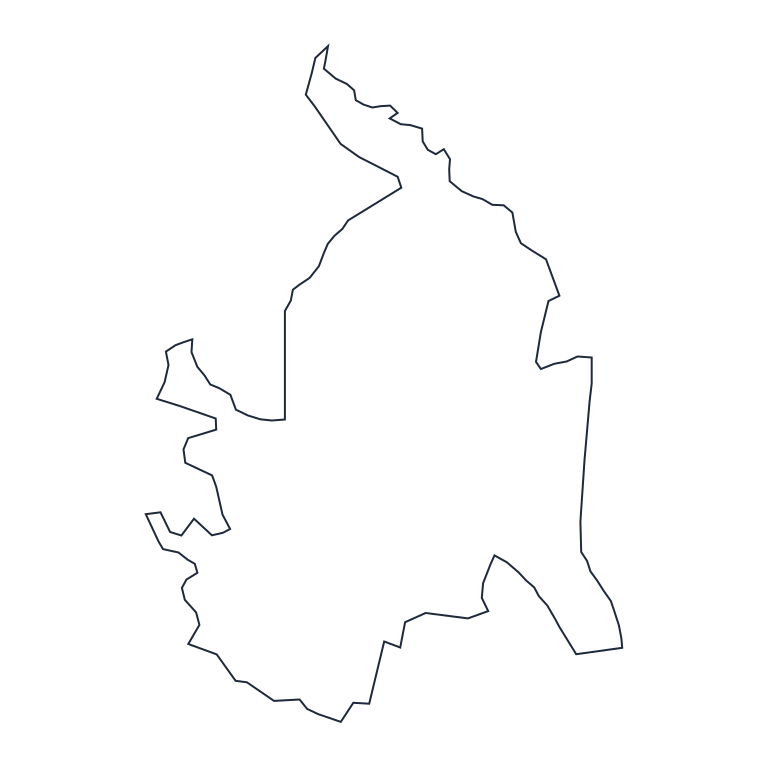 Cacique Doble, Rio Grande do Sul, Brazil
{"feature_id": "56859067B35570736858884", "entity_name": "Cacique Doble", "entity_type": "district", "adm_level": 2, "iso_a3": "BRA", "parent_name": "Brazil", "parent_adm1": "Rio Grande do Sul", "projection": "robinson", "projection_center": [-51.686, -27.796], "detail": "fine", "context": "isolated", "style": "outline", "palette": "slate", "viewbox_px": 768, "rotation_deg": 0, "n_neighbors": 0, "source": "geoboundaries", "source_scale": "gbopen_adm2", "svg_char_len": 1941}
<svg xmlns="http://www.w3.org/2000/svg" viewBox="0 0 768 768"><path d="M346.9,84.0L335.7,78.6L323.9,68.7L325.9,58.3L328.0,46.1L315.4,57.9L311.7,73.3L305.8,94.7L314.6,106.2L340.6,143.9L359.2,157.1L397.7,176.8L401.3,187.7L348.1,220.4L342.4,228.9L334.4,235.8L327.7,244.0L323.9,253.0L318.9,266.2L309.6,277.9L299.3,284.8L292.9,289.7L290.8,300.6L284.9,311.0L284.9,419.5L271.8,420.5L260.3,419.3L248.0,415.5L235.9,409.7L230.4,394.8L219.1,388.1L210.3,384.5L204.4,375.3L197.4,366.9L191.5,352.1L192.3,339.3L183.0,342.4L175.5,345.2L165.9,351.6L168.5,365.0L164.6,382.2L156.7,398.8L180.6,406.3L215.7,418.5L216.2,429.6L188.2,438.1L183.5,449.4L185.3,462.8L212.1,475.4L216.2,486.7L222.5,514.6L230.1,529.0L222.9,532.8L211.9,535.3L194.0,518.7L181.4,535.5L170.1,532.0L160.5,512.3L145.8,514.2L158.4,541.2L163.0,549.1L178.5,552.5L187.8,559.8L194.8,563.8L197.4,572.8L186.5,579.5L181.9,587.9L184.8,599.8L196.1,612.4L199.4,624.9L188.3,644.0L216.7,654.4L235.6,680.8L246.9,682.3L274.0,700.9L299.6,699.5L307.1,708.9L318.1,714.1L340.8,721.9L353.3,702.8L369.2,703.7L384.2,641.5L400.2,647.5L405.1,622.2L425.6,613.0L467.9,618.4L488.2,611.1L481.8,597.9L483.1,583.2L490.3,564.8L494.5,555.4L506.9,562.3L518.4,572.2L526.4,580.7L534.2,587.4L538.9,596.2L547.3,605.5L555.1,618.9L559.3,626.8L576.2,654.2L622.2,647.8L621.4,638.5L618.9,625.3L614.4,611.5L610.9,601.1L603.8,591.0L597.1,580.5L590.4,571.3L587.1,561.0L581.2,552.0L580.4,521.7L584.5,460.3L589.6,401.3L591.7,383.5L591.7,357.5L577.5,356.5L566.6,361.5L554.3,363.8L540.9,369.0L536.0,361.9L540.9,332.0L548.5,301.0L559.4,295.7L546.0,259.3L531.8,250.5L520.9,243.2L515.8,231.9L512.4,212.6L503.7,205.3L492.3,204.8L482.3,199.0L473.5,196.5L461.8,191.2L449.7,181.2L449.2,169.3L450.0,159.2L443.8,149.2L435.8,154.2L427.8,149.8L422.7,141.4L422.1,128.6L410.3,125.1L400.7,124.2L389.7,118.4L397.6,112.9L390.1,105.6L380.4,106.2L372.4,107.5L363.6,104.6L355.8,100.2L354.1,90.3L346.9,84.0Z" fill="none" stroke="#1e293b" stroke-width="2"/></svg>